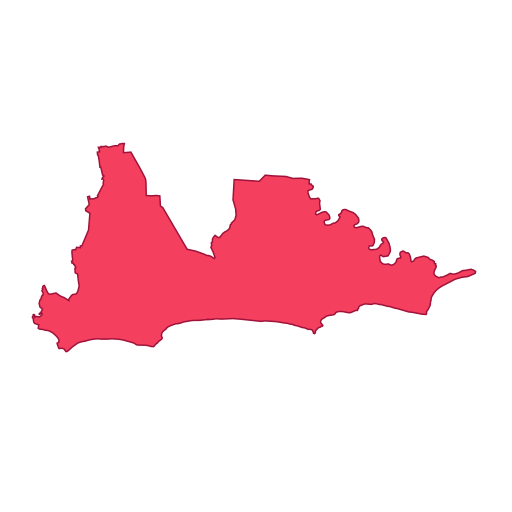 outline of Kombo South, West Coast, Gambia, rotated 273°
{"feature_id": "56634734B1390118495461", "entity_name": "Kombo South", "entity_type": "district", "adm_level": 2, "iso_a3": "GMB", "parent_name": "Gambia", "parent_adm1": "West Coast", "projection": "mercator", "projection_center": [-16.741, 13.204], "detail": "fine", "context": "isolated", "style": "filled", "palette": "rose", "viewbox_px": 512, "rotation_deg": 273, "n_neighbors": 0, "source": "geoboundaries", "source_scale": "gbopen_adm2", "svg_char_len": 6012}
<svg xmlns="http://www.w3.org/2000/svg" viewBox="0 0 512 512"><g transform="rotate(273 256 256)"><path d="M356.3,92.9L355.4,93.2L355.3,93.5L351.9,94.3L351.4,92.1L348.7,92.5L348.4,92.9L347.7,93.3L343.4,94.3L336.5,95.5L336.5,96.4L329.0,98.5L329.1,98.8L328.4,99.1L327.9,100.0L326.9,99.5L326.6,98.7L324.8,98.2L325.0,98.9L324.2,99.7L323.4,99.9L320.7,99.5L319.8,100.0L307.9,94.5L307.1,95.2L306.4,94.6L305.9,94.0L305.8,93.1L304.6,91.1L304.3,87.0L305.6,87.0L307.0,86.6L306.3,84.7L298.6,86.8L294.3,83.3L292.3,83.6L290.0,87.9L273.2,87.4L256.8,81.5L256.9,80.1L255.1,80.1L255.3,76.4L252.7,75.5L252.9,74.6L252.3,72.1L251.7,72.0L249.7,72.0L242.0,73.2L241.4,72.9L241.2,72.1L239.2,72.7L239.4,73.6L239.2,74.0L237.9,74.4L237.8,75.1L234.9,76.7L234.2,75.8L229.8,76.3L228.6,78.8L221.8,79.9L216.8,81.0L211.4,79.9L208.7,78.5L207.9,74.9L206.7,73.6L202.9,71.2L201.7,71.4L204.3,66.8L205.9,62.5L208.6,58.2L207.0,52.2L207.4,50.7L209.8,49.1L215.5,46.3L215.1,45.3L214.2,44.6L212.9,44.8L212.5,44.3L211.2,44.7L210.1,44.0L208.0,45.4L205.7,45.2L205.5,44.4L204.4,44.3L203.4,43.6L201.7,43.6L200.7,42.5L197.3,41.9L193.6,43.0L193.1,43.6L192.8,44.5L191.7,45.5L188.2,44.0L187.2,42.6L186.7,42.5L186.4,43.2L187.5,44.3L187.6,45.0L187.2,45.4L186.2,45.4L184.8,44.2L183.8,42.8L184.2,39.5L183.5,38.7L183.9,38.2L185.5,38.0L185.8,37.7L185.9,36.8L185.5,36.5L184.3,36.5L183.5,35.9L182.5,36.1L182.5,37.2L182.2,37.3L180.7,36.9L177.9,37.7L177.0,38.7L175.9,42.6L172.4,42.3L171.6,43.9L171.5,46.7L170.9,49.4L170.6,52.7L168.8,56.8L166.0,60.3L163.8,62.5L161.3,63.8L159.3,63.3L158.7,62.0L158.0,62.0L153.7,63.8L153.2,64.3L153.6,65.5L153.6,67.7L153.2,69.1L150.7,71.1L150.6,72.0L151.4,73.2L155.6,77.4L159.8,82.6L161.4,86.9L162.0,89.9L162.7,91.5L164.0,95.9L164.7,99.4L165.1,103.1L164.9,105.4L165.2,111.6L165.8,116.4L165.7,123.5L165.2,127.6L163.3,136.2L162.5,139.0L161.2,141.1L160.9,142.5L161.1,149.8L160.9,152.6L160.1,156.4L160.1,158.3L160.5,158.9L162.2,160.1L163.5,161.3L164.0,162.2L164.5,162.3L165.7,163.4L168.2,166.3L169.4,166.7L170.8,165.9L172.6,165.7L174.6,166.2L176.0,167.2L178.5,170.1L179.2,170.2L179.9,171.3L180.7,171.9L181.9,174.2L184.2,179.6L184.2,181.0L185.2,184.5L186.3,187.0L187.9,193.8L188.4,196.9L188.8,203.2L190.0,210.5L190.3,211.0L189.9,211.0L190.5,215.9L191.2,219.3L191.2,225.2L192.3,236.1L192.1,244.1L191.0,264.5L191.7,268.6L191.5,280.5L190.7,286.7L190.4,291.0L189.8,293.5L189.5,296.6L188.9,297.5L188.4,300.9L187.0,305.9L186.8,308.4L185.5,311.8L185.6,314.3L185.2,315.8L182.5,317.5L181.8,317.5L181.5,318.4L182.0,319.0L183.0,319.4L183.4,319.1L184.3,319.3L187.5,321.9L188.4,324.1L189.4,325.2L189.4,326.1L190.3,326.3L192.8,324.1L193.7,323.9L195.3,324.3L196.6,325.3L197.8,327.3L199.6,329.5L200.4,331.9L201.4,336.7L202.4,338.0L203.8,338.8L204.3,339.6L205.0,342.3L205.0,345.9L204.2,351.2L204.4,353.5L206.8,358.3L207.0,360.2L208.7,360.5L208.9,361.1L210.8,361.4L211.6,362.3L213.5,366.2L213.9,368.3L213.7,373.5L214.7,376.8L214.6,379.0L213.9,382.3L214.2,382.9L212.6,390.2L212.6,391.8L211.1,397.8L210.9,399.9L208.1,411.5L208.0,414.7L206.6,424.9L206.5,428.9L207.5,429.4L209.2,429.1L211.8,430.8L215.9,432.5L220.2,432.8L220.8,433.1L223.0,433.1L224.4,433.5L228.5,435.7L231.0,437.6L233.3,440.0L235.5,442.9L243.3,456.2L245.5,462.7L246.6,468.7L250.2,475.8L252.1,476.1L253.2,474.1L254.0,471.4L252.6,465.9L252.3,463.2L249.2,458.1L249.2,457.3L248.7,456.6L248.3,454.7L248.3,452.7L248.7,451.6L248.7,450.6L247.0,448.0L244.7,443.4L244.7,441.8L243.9,439.8L245.1,436.8L246.5,435.3L247.4,434.7L248.8,434.6L250.5,434.9L254.4,436.5L255.8,436.4L256.4,435.6L257.5,436.0L258.3,434.4L259.9,434.3L261.3,431.8L261.3,430.9L262.1,429.5L263.6,427.9L264.7,423.6L262.4,415.9L260.9,414.4L259.5,414.0L258.4,411.9L258.7,411.2L263.2,410.2L266.1,408.9L267.1,407.7L267.1,405.5L268.6,403.1L268.6,402.2L267.3,400.0L266.0,399.6L264.3,399.8L262.7,400.7L261.4,400.2L261.4,399.1L260.6,397.2L259.3,396.6L258.1,396.4L256.7,395.8L255.1,394.3L253.8,392.0L255.0,388.6L254.5,386.0L254.5,384.1L255.2,382.4L256.2,381.5L256.8,380.4L260.8,379.6L262.3,379.5L263.3,380.3L263.3,381.3L262.3,382.2L262.0,383.2L263.0,387.8L266.7,389.6L268.4,390.0L271.5,389.5L275.8,388.1L281.0,384.8L281.2,383.3L280.5,381.6L279.4,380.7L278.7,380.7L277.7,381.2L277.1,382.5L276.0,382.6L274.3,380.5L273.1,379.6L271.3,378.8L269.4,376.7L268.8,375.2L268.6,372.8L268.1,371.1L268.5,369.5L269.0,368.5L270.2,368.2L272.0,368.6L272.1,371.4L272.7,372.3L275.6,373.4L278.8,373.5L282.4,371.7L286.4,370.3L287.9,369.1L290.0,366.7L290.0,365.1L291.3,361.3L291.1,359.6L289.6,355.1L289.5,353.6L290.3,352.5L291.4,352.2L292.3,352.7L293.4,355.2L295.0,356.7L296.9,356.9L299.1,356.4L302.6,353.4L304.4,350.8L306.3,344.9L307.0,343.8L307.1,341.9L306.6,340.2L305.7,339.4L304.7,339.3L302.3,338.0L302.2,337.1L301.4,336.4L300.7,336.5L299.4,337.9L295.5,336.0L293.2,333.4L292.8,331.4L290.8,328.1L290.5,324.6L291.0,323.3L292.8,322.4L294.5,322.4L295.3,323.4L296.3,327.0L297.1,327.7L298.8,327.6L300.9,326.7L303.6,323.8L303.8,322.0L303.1,319.5L300.7,315.5L300.4,314.3L300.9,313.4L303.1,313.5L304.0,314.2L304.6,316.3L305.9,317.8L312.0,316.7L314.6,317.0L316.8,315.6L317.0,314.9L316.3,312.4L315.9,307.8L317.4,306.4L322.2,304.5L323.6,304.5L324.5,305.5L325.5,308.4L327.2,309.5L328.7,309.5L329.6,308.1L330.8,307.2L330.8,305.2L335.1,305.4L336.1,297.6L335.4,288.8L337.0,281.7L336.9,268.6L337.2,261.0L330.8,255.4L331.2,230.2L310.9,230.1L301.9,233.2L295.8,234.0L291.1,233.0L287.5,229.7L286.5,229.7L286.0,228.8L282.3,228.2L282.0,227.8L281.3,227.5L279.1,225.0L278.5,223.7L276.6,221.4L275.1,220.6L272.4,218.4L272.6,216.9L274.5,214.0L272.2,212.3L270.2,211.6L267.8,211.7L266.9,210.7L264.1,211.2L262.3,210.5L258.3,212.7L252.4,215.2L251.3,214.5L253.4,210.8L254.0,208.4L254.0,206.6L255.0,204.4L257.7,195.6L259.1,186.9L299.7,160.2L300.3,158.7L301.3,157.9L311.0,156.8L311.2,153.4L310.6,148.0L310.7,143.2L323.3,142.3L326.9,141.7L329.0,140.7L338.5,135.0L353.2,125.6L352.5,120.4L352.4,118.2L358.6,118.2L361.4,118.7L361.4,117.0L360.6,113.7L358.8,112.2L358.8,109.4L356.9,103.1L357.8,100.7L357.8,100.0L357.3,98.2L357.2,95.4L356.3,95.5L356.3,92.9Z" fill="#f43f5e" stroke="#9f1239" stroke-width="1.5"/></g></svg>